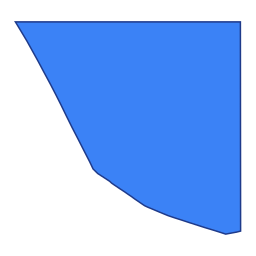 97, Ar Rayyān, Qatar
{"feature_id": "91078587B85294401922232", "entity_name": "97", "entity_type": "district", "adm_level": 2, "iso_a3": "QAT", "parent_name": "Qatar", "parent_adm1": "Ar Rayyān", "projection": "albers", "projection_center": [50.974, 24.595], "detail": "fine", "context": "isolated", "style": "filled", "palette": "blue", "viewbox_px": 256, "rotation_deg": 0, "n_neighbors": 0, "source": "geoboundaries", "source_scale": "gbopen_adm2", "svg_char_len": 654}
<svg xmlns="http://www.w3.org/2000/svg" viewBox="0 0 256 256"><path d="M15.4,21.9L16.2,23.2L21.5,32.0L26.9,41.0L32.6,51.3L38.2,61.4L44.1,72.5L50.3,84.0L55.7,94.4L60.9,104.7L66.3,115.8L71.9,127.1L78.3,139.5L83.9,150.5L89.7,161.8L93.1,169.0L97.7,173.5L109.7,181.3L111.6,183.1L114.6,185.2L120.1,188.9L124.4,191.7L128.1,194.3L131.1,196.3L134.9,199.1L141.5,203.6L144.6,205.7L147.8,207.2L151.2,208.6L159.0,211.9L168.0,215.6L174.5,217.8L180.8,219.8L189.3,222.6L204.9,227.6L209.9,229.1L214.8,230.6L221.1,232.6L225.7,234.1L236.6,232.1L237.4,231.9L240.6,231.1L240.5,139.1L240.4,22.0L240.4,21.9L15.4,21.9Z" fill="#3b82f6" stroke="#1e3a8a" stroke-width="1.5"/></svg>